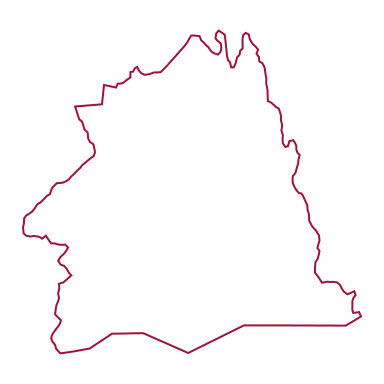 outline of Itatira, Ceará, Brazil
{"feature_id": "56859067B49742639550907", "entity_name": "Itatira", "entity_type": "district", "adm_level": 2, "iso_a3": "BRA", "parent_name": "Brazil", "parent_adm1": "Ceará", "projection": "equal_earth", "projection_center": [-39.581, -4.608], "detail": "fine", "context": "isolated", "style": "outline", "palette": "rose", "viewbox_px": 384, "rotation_deg": 0, "n_neighbors": 0, "source": "geoboundaries", "source_scale": "gbopen_adm2", "svg_char_len": 2950}
<svg xmlns="http://www.w3.org/2000/svg" viewBox="0 0 384 384"><path d="M60.4,353.4L74.0,351.4L89.7,348.5L112.0,333.7L125.7,333.5L129.5,333.4L133.2,333.3L143.3,333.2L185.5,351.8L188.3,353.0L193.4,350.4L243.9,325.4L271.8,325.4L280.5,325.4L345.8,325.6L361.0,316.5L359.1,312.1L355.8,312.6L353.2,312.9L352.3,309.7L352.4,305.1L352.4,301.1L353.3,298.1L355.6,295.2L354.3,291.2L351.3,292.6L347.4,294.3L344.1,291.8L342.1,289.1L340.1,285.0L337.1,282.4L332.9,281.8L330.4,282.0L327.5,281.7L322.1,282.7L320.3,280.0L317.7,276.1L314.9,272.4L315.0,267.6L315.5,262.0L317.7,258.9L318.7,254.9L319.5,251.0L317.4,248.0L318.4,244.1L319.5,240.7L319.0,235.4L315.6,230.1L312.3,226.6L309.3,220.9L308.9,214.1L307.5,209.6L307.3,205.5L305.1,200.5L303.1,196.0L301.5,193.5L298.8,193.0L296.1,189.7L294.2,186.5L292.6,182.1L292.7,176.4L295.5,172.8L297.0,167.2L298.2,163.3L298.4,159.7L299.7,155.1L297.4,152.6L296.3,149.3L296.3,145.8L294.9,142.7L293.2,140.2L289.4,141.1L287.9,146.3L285.3,146.9L282.8,143.3L282.6,138.6L282.9,135.3L281.4,130.2L282.2,125.2L280.9,119.9L281.1,116.3L280.2,112.9L278.8,108.6L275.8,106.8L271.3,102.7L267.9,101.1L267.6,95.0L267.5,90.0L266.2,83.4L266.3,78.2L265.3,72.6L264.6,67.5L262.4,63.2L259.3,61.4L258.9,57.0L256.5,53.7L258.1,49.6L255.5,46.5L253.0,44.2L249.9,39.6L248.8,34.4L245.6,32.9L243.1,35.3L242.5,39.1L242.6,43.5L242.6,48.5L240.3,50.6L239.5,55.0L237.1,57.3L235.7,63.0L233.8,67.3L231.1,67.3L230.1,62.5L228.1,60.1L227.0,55.9L226.6,51.6L226.1,46.7L225.7,43.0L225.3,39.4L224.7,34.7L222.0,32.7L218.7,30.6L216.2,33.5L215.5,38.4L217.4,40.7L220.7,43.3L221.4,47.8L220.5,51.9L217.9,54.6L213.9,53.2L211.0,51.1L208.3,47.1L205.9,45.1L204.2,43.0L201.2,40.3L199.5,36.2L196.6,35.8L193.7,35.5L191.2,35.5L189.0,39.1L187.4,42.1L184.8,45.7L182.5,48.3L173.9,58.0L166.6,66.2L160.7,72.1L157.6,72.4L153.8,72.5L149.3,74.2L144.5,74.8L141.1,73.1L138.8,70.3L137.2,66.9L134.7,68.4L133.1,71.6L130.4,72.1L130.4,77.5L126.7,80.0L123.3,82.8L120.5,83.6L117.7,83.7L116.0,87.5L104.0,85.0L102.0,104.3L75.1,106.5L79.2,119.3L82.2,121.8L84.5,129.5L87.7,132.6L88.2,138.6L89.9,142.0L93.4,144.3L94.4,148.8L95.0,152.3L93.7,156.0L89.6,159.0L85.7,162.4L82.0,165.3L80.3,167.8L77.2,170.6L74.0,174.0L71.1,176.6L69.1,179.2L66.5,181.0L63.2,182.6L59.3,183.0L56.8,183.2L54.3,185.6L52.0,188.1L49.8,194.3L46.9,195.9L43.9,199.1L40.6,202.3L37.0,204.6L34.5,208.7L32.1,211.6L29.0,213.9L26.2,215.5L24.1,218.5L24.0,223.0L23.0,227.3L23.6,233.2L26.1,235.7L30.5,236.6L33.8,235.9L36.7,236.4L39.2,236.8L42.1,238.7L45.9,235.7L48.9,240.3L51.1,243.4L54.6,243.4L58.5,244.6L62.2,244.8L65.2,244.6L68.1,247.5L65.8,251.5L63.6,254.1L60.4,257.0L58.2,260.9L60.6,264.6L64.2,265.9L66.7,268.8L68.9,272.7L71.3,275.4L69.0,277.5L66.7,279.5L63.4,282.4L59.0,283.8L59.3,288.6L58.1,293.3L59.0,298.1L58.1,301.5L56.6,304.7L55.8,308.6L55.1,314.4L57.8,317.2L60.9,320.1L60.1,323.3L58.5,326.0L55.8,329.3L53.2,333.1L51.7,335.7L51.3,338.9L52.5,341.7L55.1,344.9L56.0,348.5L58.0,350.8L60.4,353.4Z" fill="none" stroke="#9f1239" stroke-width="2"/></svg>